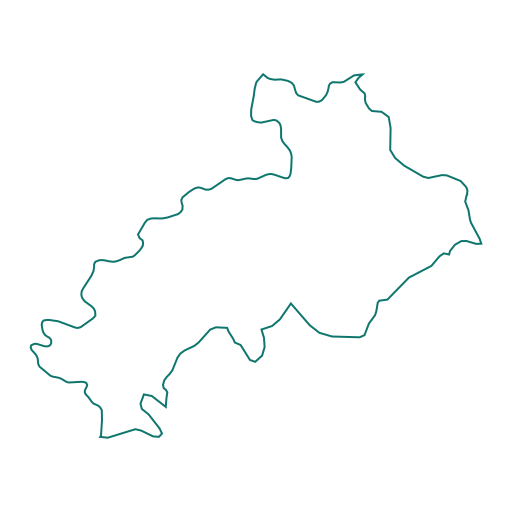 SVG path tracing the border of Hautes-Alpes
{"feature_id": "FRA-5304", "entity_name": "Hautes-Alpes", "entity_type": "Metropolitan department", "adm_level": 1, "iso_a3": "FRA", "parent_name": "France", "parent_adm1": "", "projection": "albers", "projection_center": [6.118, 44.657], "detail": "fine", "context": "isolated", "style": "outline", "palette": "teal", "viewbox_px": 512, "rotation_deg": 0, "n_neighbors": 0, "source": "natural_earth", "source_scale": "10m", "svg_char_len": 3817}
<svg xmlns="http://www.w3.org/2000/svg" viewBox="0 0 512 512"><path d="M476.6,233.2L479.6,238.7L481.3,243.7L476.3,243.9L466.4,241.0L461.3,241.1L455.0,244.7L450.0,251.0L449.1,254.5L443.8,253.4L439.5,256.3L431.4,265.9L408.9,277.6L387.4,299.6L379.2,300.7L377.7,302.9L376.3,311.3L375.1,315.1L368.9,323.6L364.5,335.1L359.7,337.3L332.0,336.5L319.4,332.8L309.7,325.2L290.9,303.5L279.8,319.5L272.1,326.0L261.5,329.5L264.0,338.0L264.6,347.2L262.1,355.6L255.2,361.8L250.0,360.0L240.6,345.0L234.8,342.5L233.4,339.2L228.4,331.2L227.2,327.9L226.9,327.8L226.7,327.8L226.4,327.8L226.2,327.8L225.8,327.8L225.6,327.8L225.3,327.8L225.0,327.8L224.8,327.7L224.5,327.7L224.2,327.7L223.9,327.7L223.5,327.7L223.2,327.7L222.9,327.7L222.6,327.6L222.2,327.6L221.9,327.6L221.6,327.6L221.2,327.6L220.9,327.6L220.6,327.5L220.2,327.5L219.9,327.5L219.6,327.5L219.3,327.5L219.0,327.5L218.7,327.4L218.4,327.4L218.1,327.4L217.8,327.4L217.6,327.4L217.3,327.4L217.1,327.4L216.9,327.4L216.7,327.3L216.4,327.3L216.1,327.3L215.9,327.3L210.2,329.6L198.6,342.5L194.3,345.9L184.7,350.4L180.3,353.6L177.5,357.6L172.3,370.4L169.7,373.9L166.8,376.9L164.3,380.3L163.0,384.8L163.7,388.2L165.9,389.8L167.3,392.3L166.4,398.7L165.8,406.9L151.8,396.0L143.9,394.4L140.5,403.7L141.8,408.9L148.6,414.4L159.4,428.2L162.0,433.5L159.0,436.8L153.1,436.4L141.2,430.6L135.4,429.2L107.8,437.7L100.2,436.9L101.0,435.6L102.0,420.3L101.8,410.2L100.1,407.3L98.1,405.6L93.6,403.6L91.7,401.8L88.4,397.1L86.3,395.0L84.9,393.0L84.8,390.5L86.5,387.2L87.2,384.8L86.1,382.8L83.9,382.0L81.5,381.8L68.7,382.5L66.3,381.8L61.2,378.7L58.4,377.7L53.1,376.7L51.2,376.1L49.9,375.3L39.6,366.7L38.5,364.7L38.1,362.9L37.8,359.2L37.1,356.8L35.6,354.3L31.6,349.9L30.7,347.6L31.1,345.4L34.2,343.9L36.8,343.9L44.3,346.2L46.8,346.4L49.0,346.0L50.5,344.6L51.2,343.2L51.2,340.3L50.5,339.0L49.0,337.5L46.9,336.4L44.9,334.8L43.4,332.5L42.5,330.0L42.0,327.1L41.7,324.5L42.2,322.2L43.6,320.5L46.9,319.9L49.6,320.0L58.3,321.3L75.3,327.6L77.7,328.0L80.8,327.1L93.2,318.2L95.4,315.7L95.1,311.4L93.8,308.6L91.7,306.4L84.7,301.3L82.8,298.8L81.9,297.1L81.4,294.9L81.5,292.8L81.8,291.0L83.3,288.2L91.5,275.6L93.5,271.0L94.1,267.1L94.1,264.2L95.3,261.8L99.4,260.2L102.4,260.1L105.0,260.4L108.3,261.2L113.3,261.8L116.4,261.3L119.8,260.1L124.6,257.9L132.7,256.7L134.8,255.3L139.2,250.9L141.3,248.2L142.8,245.7L143.1,243.0L142.6,240.4L139.6,238.1L138.0,234.5L144.8,222.8L147.2,219.9L150.7,218.6L153.6,218.3L161.9,218.5L167.5,217.5L178.3,214.0L180.7,212.0L182.4,209.5L182.6,205.7L181.7,203.0L181.3,200.0L182.6,197.3L189.0,192.0L193.6,189.0L196.0,187.9L198.7,187.4L201.2,188.0L205.9,189.7L208.5,189.7L211.3,188.9L225.5,179.2L228.1,178.1L230.8,178.2L236.0,179.9L238.5,180.2L246.8,178.4L249.3,178.4L254.4,179.1L257.2,178.8L266.2,174.8L269.0,174.1L271.5,174.0L274.1,174.6L283.8,177.9L286.1,178.3L288.2,177.9L289.6,176.2L290.5,173.9L291.2,168.2L291.7,156.9L291.2,153.9L290.0,150.7L286.9,146.5L284.3,143.8L282.2,140.8L281.1,137.5L281.1,129.0L280.6,125.7L279.4,123.0L276.5,120.5L273.8,119.9L261.2,122.6L257.7,122.2L255.0,121.5L252.5,120.2L251.1,116.1L251.2,109.5L253.8,95.8L254.6,89.3L255.8,84.1L256.6,81.8L263.1,74.3L267.7,78.0L270.3,79.0L274.6,79.7L281.2,79.4L288.0,80.9L291.8,82.9L293.9,85.5L295.4,90.8L296.3,93.2L298.1,95.3L316.2,101.8L319.0,101.7L322.0,100.1L326.1,95.1L327.7,91.5L328.5,88.2L328.9,85.6L330.2,83.5L332.7,82.2L340.7,82.5L343.9,81.8L354.0,75.4L362.3,74.4L362.6,74.4L358.6,77.8L355.4,82.3L360.2,89.6L364.7,93.5L365.2,96.2L364.9,99.3L365.6,102.8L369.0,108.5L371.9,111.0L381.5,111.8L388.7,117.0L390.6,128.1L390.2,149.9L395.1,158.0L404.2,165.7L423.2,176.7L428.4,178.0L442.0,175.1L446.8,175.4L460.6,181.0L465.6,186.4L466.8,188.3L467.4,190.6L467.4,191.8L467.1,192.8L467.2,194.7L466.7,195.0L465.3,201.1L465.2,201.6L468.4,210.0L470.0,219.6L471.1,222.9L476.6,233.2Z" fill="none" stroke="#0f766e" stroke-width="2"/></svg>